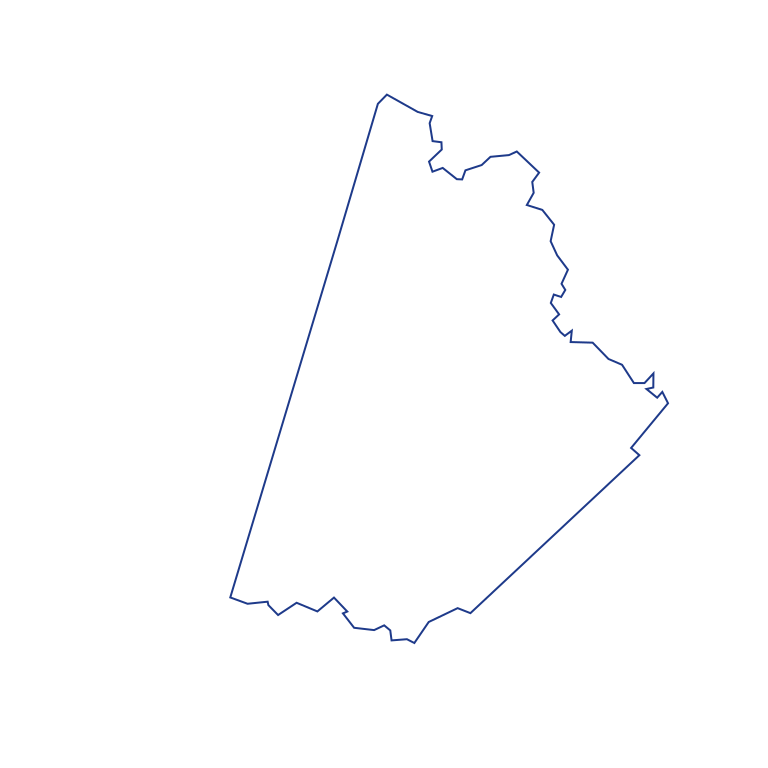 outline of Houston, Texas, United States of America, rotated 146°
{"feature_id": "52423323B46548202222593", "entity_name": "Houston", "entity_type": "district", "adm_level": 2, "iso_a3": "USA", "parent_name": "United States of America", "parent_adm1": "Texas", "projection": "robinson", "projection_center": [-95.52, 31.26], "detail": "fine", "context": "isolated", "style": "outline", "palette": "blue", "viewbox_px": 768, "rotation_deg": 146, "n_neighbors": 0, "source": "geoboundaries", "source_scale": "gbopen_adm2", "svg_char_len": 1042}
<svg xmlns="http://www.w3.org/2000/svg" viewBox="0 0 768 768"><g transform="rotate(146 384 384)"><path d="M630.8,293.0L620.0,278.1L602.2,268.6L603.5,265.3L601.0,251.7L578.8,251.5L566.4,232.7L544.9,234.9L541.7,215.9L546.3,216.8L545.1,198.6L529.8,185.5L518.8,183.8L516.6,176.2L521.1,167.2L507.7,159.6L503.7,152.3L480.0,161.7L448.3,157.0L440.5,145.7L212.1,182.2L214.9,192.8L159.3,209.2L157.7,221.8L165.2,219.9L169.2,233.1L162.7,230.5L154.7,242.1L167.5,239.1L176.3,245.0L175.9,266.8L183.9,279.2L187.9,301.6L205.8,314.4L198.5,323.2L207.2,322.8L208.7,328.4L208.7,342.4L199.9,343.8L200.4,357.9L193.2,363.2L188.5,357.1L181.1,360.6L180.8,367.8L167.6,375.9L168.5,393.8L166.0,409.2L153.9,420.9L155.4,439.8L165.5,452.5L153.0,458.8L148.1,468.6L137.2,472.5L143.9,502.5L152.4,503.9L168.7,512.8L180.6,510.9L197.0,515.6L204.8,509.9L209.1,513.1L214.5,530.3L225.1,532.9L222.3,543.2L205.0,546.1L201.2,552.3L207.9,558.2L200.3,574.7L194.2,579.2L203.9,590.7L219.8,622.3L232.4,619.7L343.1,528.3L630.8,293.0Z" fill="none" stroke="#1e3a8a" stroke-width="2"/></g></svg>